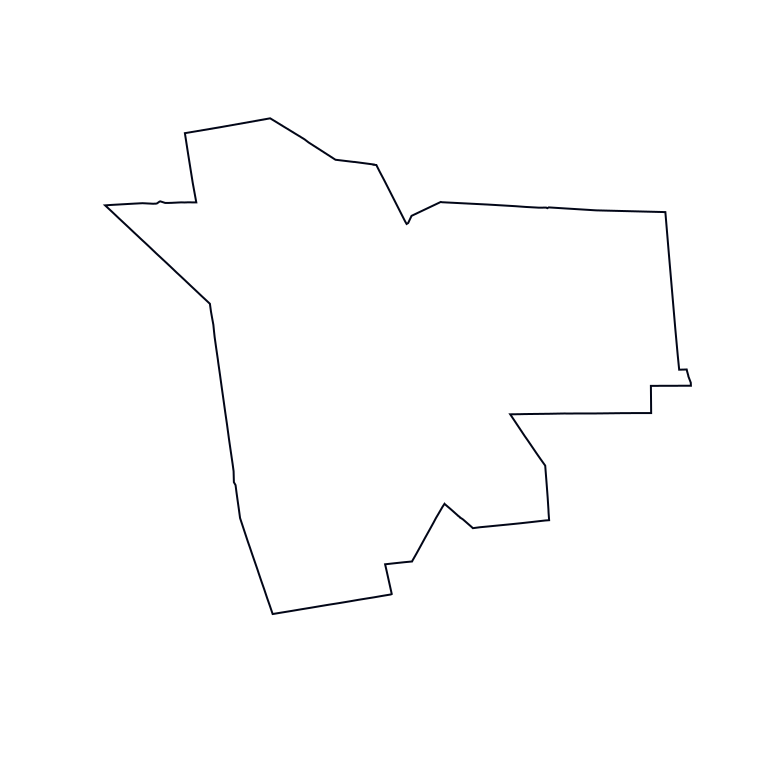 outline of Teremia Mare, Timis, Romania, rotated 9°
{"feature_id": "2599482B72352087772427", "entity_name": "Teremia Mare", "entity_type": "district", "adm_level": 2, "iso_a3": "ROU", "parent_name": "Romania", "parent_adm1": "Timis", "projection": "albers", "projection_center": [20.537, 45.943], "detail": "fine", "context": "isolated", "style": "outline", "palette": "ink", "viewbox_px": 768, "rotation_deg": 9, "n_neighbors": 0, "source": "geoboundaries", "source_scale": "gbopen_adm2", "svg_char_len": 2380}
<svg xmlns="http://www.w3.org/2000/svg" viewBox="0 0 768 768"><g transform="rotate(9 384 384)"><path d="M652.4,370.9L650.5,359.5L647.9,344.1L660.1,342.1L687.4,337.7L686.8,334.7L683.4,328.8L683.3,328.3L681.3,323.9L680.7,322.3L678.7,322.7L673.3,323.7L669.7,310.0L663.2,284.4L644.6,209.3L635.0,170.2L566.4,179.3L537.1,182.1L519.1,183.8L517.8,184.8L516.6,184.4L509.5,185.6L495.8,187.0L486.2,187.8L458.7,190.5L412.8,195.4L411.6,195.3L384.9,213.6L382.7,221.2L381.3,222.4L379.5,220.2L352.4,182.8L346.4,174.8L343.6,170.9L342.2,168.9L339.5,169.1L339.5,168.8L319.9,169.3L319.5,169.4L301.0,170.1L271.7,157.2L267.3,154.8L230.0,139.4L183.5,155.5L148.1,167.4L154.4,187.0L163.7,215.5L170.2,234.0L161.6,235.3L158.6,235.9L155.4,236.3L144.9,238.5L139.6,239.4L134.5,238.6L133.7,239.0L131.6,241.1L130.7,241.5L127.6,242.1L117.2,243.2L108.7,245.0L86.6,249.8L80.6,251.2L88.2,256.3L96.5,262.0L105.1,267.8L113.3,273.4L121.7,279.1L129.9,284.6L138.4,290.5L146.6,296.0L154.3,301.2L161.8,306.4L169.7,311.7L177.4,317.0L185.2,322.3L190.3,325.8L199.5,332.0L201.8,339.6L203.8,345.4L206.2,352.2L207.8,358.3L209.4,364.2L212.7,375.0L216.1,385.9L216.9,388.7L220.4,400.0L224.4,413.2L228.3,425.9L231.9,437.7L235.3,448.6L239.4,462.3L242.6,472.6L247.0,486.7L249.1,493.7L251.1,504.5L253.2,507.1L255.1,513.6L257.5,521.5L260.3,530.6L262.8,538.9L269.5,551.9L274.3,561.2L277.0,566.2L280.4,572.7L286.0,583.2L288.6,588.1L289.5,589.9L293.6,597.7L297.8,605.5L302.0,613.6L306.0,621.0L310.0,628.6L319.4,625.5L328.5,622.5L337.7,619.4L347.1,616.3L355.4,613.5L364.1,610.6L373.1,607.7L384.2,604.0L392.4,601.2L399.7,598.8L407.4,596.3L415.3,593.6L423.7,590.8L424.5,590.2L420.2,579.3L416.1,568.9L413.3,561.9L421.7,559.6L432.1,556.8L439.5,554.9L439.8,553.8L442.6,546.4L445.7,537.8L448.5,529.9L451.7,521.2L454.7,512.9L456.3,508.2L457.9,504.2L461.0,496.2L462.5,492.9L462.6,493.0L469.0,496.9L477.6,502.4L477.6,502.5L479.5,503.4L479.7,503.9L480.5,504.2L481.7,504.7L483.0,505.3L484.0,505.9L492.9,511.5L494.3,512.5L501.4,510.4L509.6,508.3L516.5,506.5L529.2,503.2L540.2,500.3L551.9,497.1L564.5,493.6L568.4,492.7L566.7,485.5L566.1,482.5L563.4,470.5L560.3,457.4L557.4,445.3L556.0,439.4L550.0,433.3L545.4,428.5L534.6,417.0L531.1,413.4L517.2,398.3L513.4,394.2L522.7,392.6L527.6,391.7L552.2,387.5L566.8,384.9L572.3,384.1L576.3,383.4L592.0,380.9L600.5,379.5L625.1,375.3L649.2,371.4L652.4,370.9Z" fill="none" stroke="#020617" stroke-width="2"/></g></svg>